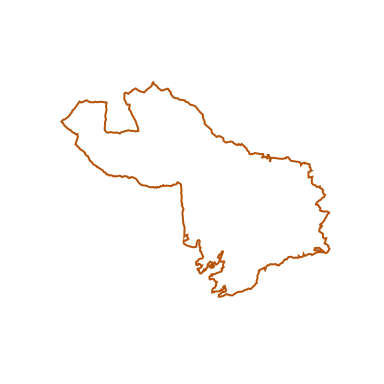 the district of Sangeorz-Bai, Bistrita-Nasaud, Romania, rotated 297°
{"feature_id": "2599482B94915018656895", "entity_name": "Sangeorz-Bai", "entity_type": "district", "adm_level": 2, "iso_a3": "ROU", "parent_name": "Romania", "parent_adm1": "Bistrita-Nasaud", "projection": "robinson", "projection_center": [24.648, 47.428], "detail": "fine", "context": "isolated", "style": "outline", "palette": "amber", "viewbox_px": 384, "rotation_deg": 297, "n_neighbors": 0, "source": "geoboundaries", "source_scale": "gbopen_adm2", "svg_char_len": 6085}
<svg xmlns="http://www.w3.org/2000/svg" viewBox="0 0 384 384"><g transform="rotate(297 192 192)"><path d="M247.7,312.1L249.8,311.8L249.6,311.0L251.0,309.0L251.8,308.2L253.1,308.1L253.3,306.9L253.8,306.5L253.8,303.6L255.0,303.3L253.1,300.9L254.0,299.0L253.5,296.9L254.3,294.8L257.7,292.9L260.2,292.4L257.9,289.3L262.4,286.7L265.3,288.9L265.3,288.0L267.4,286.6L267.8,285.3L269.2,284.8L270.1,283.9L269.6,283.0L269.3,279.4L268.7,279.4L268.9,278.5L267.5,277.3L265.5,276.9L266.5,276.2L267.5,274.3L264.7,266.0L266.6,261.8L265.9,260.4L264.6,260.4L264.3,259.4L263.1,258.3L261.7,255.7L259.5,249.2L258.3,247.0L254.1,247.8L257.9,245.8L259.8,243.5L259.4,242.6L256.6,244.0L256.2,243.8L256.6,243.3L256.3,243.0L256.7,241.7L256.0,239.9L255.2,240.0L254.7,238.8L257.3,238.8L258.0,238.3L258.1,237.8L256.6,235.5L256.5,234.3L255.1,230.1L253.1,228.6L253.1,227.8L252.1,226.9L252.2,225.5L253.5,224.7L254.1,222.4L255.7,220.6L257.3,214.4L255.7,213.8L255.9,211.7L254.5,211.4L254.2,208.6L255.0,205.3L254.6,203.6L251.4,199.7L251.5,198.1L252.1,196.8L254.2,195.4L254.4,191.5L253.9,191.1L254.0,190.4L252.2,188.9L253.0,186.6L253.3,183.7L254.5,182.1L256.2,181.1L258.4,172.4L260.6,171.1L263.2,168.1L265.7,166.7L266.8,163.0L269.9,156.2L269.8,153.9L269.0,150.7L270.0,147.8L269.6,145.3L270.4,143.6L268.5,138.8L269.0,136.8L268.0,134.4L267.9,132.6L269.8,128.5L271.4,127.7L271.7,125.9L272.7,124.9L273.1,123.5L268.7,119.2L268.6,118.6L269.4,114.3L270.4,112.6L271.0,109.1L272.2,107.7L271.6,107.3L269.1,107.8L267.2,107.5L262.5,105.2L259.0,104.2L258.0,99.5L258.7,94.8L255.9,92.8L253.3,92.2L252.2,91.1L250.6,90.7L250.6,88.6L250.0,87.4L249.1,87.1L243.9,89.6L240.3,94.4L241.5,96.6L241.2,97.1L237.2,98.2L236.2,100.5L233.4,103.8L229.9,109.2L224.1,115.2L222.0,116.5L220.0,113.5L219.9,112.0L218.9,110.2L218.2,107.4L212.6,101.4L211.2,101.1L211.0,98.2L209.4,95.7L208.5,92.4L206.6,90.1L206.4,89.0L207.1,87.0L208.3,85.7L215.2,82.7L217.7,82.5L218.8,81.2L220.8,80.0L226.5,78.5L229.7,76.3L232.9,75.3L231.1,69.7L229.1,67.1L228.6,64.9L227.5,64.0L226.4,61.9L225.6,59.7L225.9,56.5L221.5,52.8L221.5,50.7L212.6,49.5L210.7,48.4L209.6,48.8L203.2,47.8L198.8,45.6L197.9,44.4L195.4,43.7L195.0,44.3L195.1,45.3L193.4,48.0L191.9,53.1L192.0,55.9L190.9,58.5L191.3,60.7L190.7,61.7L190.7,62.4L191.6,63.6L189.2,65.3L181.6,66.5L180.0,71.9L179.2,73.0L179.1,75.9L178.3,79.0L177.2,79.8L176.6,81.6L176.6,83.1L173.4,87.0L173.5,88.2L171.8,91.7L171.7,95.4L171.0,96.5L171.4,97.5L170.8,100.3L171.1,101.9L169.8,104.3L170.0,106.1L168.9,108.0L169.5,109.0L169.2,110.8L170.5,112.9L170.2,115.1L171.3,116.1L171.2,117.0L173.7,120.2L173.9,120.8L173.5,122.9L175.3,124.3L175.8,125.4L176.5,127.9L175.9,128.4L175.8,129.5L176.4,130.4L177.5,130.8L178.2,132.1L178.4,135.9L175.7,141.3L175.6,143.2L175.2,143.8L176.7,148.0L177.3,152.9L178.8,154.9L178.7,156.5L180.1,157.6L179.8,158.6L181.0,159.3L181.2,160.5L183.1,161.4L183.4,162.7L185.1,163.3L184.7,164.4L186.5,167.2L187.6,170.5L189.1,171.7L189.7,171.7L191.1,173.8L192.2,174.6L194.0,174.6L194.0,177.5L193.7,178.7L188.4,182.0L185.9,182.9L183.8,184.7L178.6,187.0L176.7,188.9L175.6,188.8L173.2,192.0L172.1,192.5L170.7,192.3L168.3,193.4L160.0,198.6L157.2,201.4L148.9,205.3L150.0,205.5L151.8,207.3L150.0,207.8L148.5,210.1L146.0,208.6L145.2,206.6L142.6,207.9L142.3,208.2L142.0,212.0L143.2,217.9L144.3,219.8L145.2,220.7L149.6,219.1L151.6,219.3L152.2,219.7L152.2,220.6L151.5,221.4L149.1,221.9L146.4,223.9L146.3,225.0L144.4,225.2L143.1,226.1L143.1,227.3L141.6,228.3L139.6,231.3L137.7,231.4L135.5,228.9L131.2,227.5L129.3,228.6L129.0,229.2L129.7,230.4L131.1,230.2L131.2,232.2L130.7,233.3L131.2,234.3L129.3,234.4L126.9,233.1L126.5,231.9L125.7,232.0L125.2,232.5L125.2,233.7L123.2,235.8L123.7,237.3L125.3,237.5L126.4,238.3L126.9,237.7L128.5,237.9L128.1,239.2L128.9,239.7L129.9,239.2L132.0,240.1L133.4,239.1L135.6,239.0L138.2,239.9L138.3,241.7L137.9,242.4L137.2,242.6L135.0,241.9L134.3,241.0L133.3,242.1L133.2,242.8L133.9,243.0L133.4,244.1L135.6,246.0L134.7,244.1L135.4,244.0L136.1,245.0L136.5,244.9L136.2,243.3L136.6,243.0L139.7,244.1L138.3,246.4L139.7,247.4L141.3,247.8L144.4,247.5L146.0,246.4L145.4,244.9L147.3,244.6L148.8,245.0L149.0,245.7L152.9,245.9L153.0,246.7L143.0,248.0L142.7,248.3L143.4,248.8L143.3,250.0L144.5,251.8L144.0,252.0L144.2,252.4L140.9,252.7L139.9,253.5L139.6,254.3L138.4,254.0L137.3,253.0L136.8,253.3L136.9,254.0L134.7,254.4L130.8,250.7L129.2,249.7L127.7,246.9L126.6,248.1L125.6,246.8L125.6,246.3L124.1,246.1L122.3,247.3L122.7,248.6L123.5,248.8L124.3,251.2L123.2,252.3L123.1,255.0L122.2,254.6L119.6,256.0L119.3,255.6L117.2,255.9L115.9,254.6L114.3,254.5L111.7,255.5L112.9,256.7L112.7,257.2L113.7,257.5L116.2,261.8L118.4,262.4L118.0,263.5L120.9,264.1L121.2,263.0L122.3,263.1L123.2,263.7L122.9,264.2L121.3,265.2L121.6,265.4L120.5,266.5L118.8,267.2L117.2,265.6L117.0,264.7L114.1,263.6L112.7,262.6L110.9,263.2L111.7,265.0L113.7,267.1L116.8,269.1L117.0,272.1L118.2,275.0L121.9,276.9L124.1,278.6L125.9,281.8L128.8,283.8L130.4,285.6L131.6,286.0L132.1,288.3L137.8,290.3L139.1,290.3L140.3,291.1L142.3,289.8L145.0,289.5L147.2,288.3L151.7,288.0L152.0,287.2L153.3,287.6L155.3,289.5L157.3,290.6L155.7,292.5L160.1,292.1L161.2,292.8L161.6,293.8L163.3,294.5L164.0,296.6L165.5,298.8L165.8,299.8L165.4,300.3L165.8,300.7L165.8,302.6L168.7,303.5L170.2,304.9L172.9,304.9L173.7,305.6L174.6,305.7L175.1,307.2L177.8,307.4L179.4,309.9L179.4,312.9L180.9,314.3L181.2,316.0L182.5,317.0L183.4,316.3L183.2,318.3L184.2,319.8L185.6,320.0L185.9,320.4L187.4,319.7L186.4,321.4L186.6,322.0L189.5,323.9L190.8,326.5L190.3,327.6L194.5,330.2L196.6,333.3L197.7,336.1L198.4,333.8L195.8,327.4L197.9,327.0L200.0,330.7L198.2,338.9L199.9,340.1L203.8,340.3L204.8,338.5L206.0,337.9L206.5,335.9L206.4,333.5L211.7,332.7L210.5,330.9L211.0,329.4L214.2,327.6L214.7,323.3L215.7,322.8L218.5,322.2L218.9,323.1L220.6,323.1L220.3,322.5L221.0,321.1L221.6,321.6L222.0,321.3L222.2,321.8L227.0,322.8L233.8,322.9L235.6,323.7L236.1,323.0L236.0,321.1L234.1,317.8L234.2,316.7L233.6,315.5L234.0,314.1L235.4,314.1L236.3,313.2L236.3,312.0L237.5,310.8L237.8,309.9L237.0,308.8L237.3,307.9L239.6,308.1L242.6,309.4L243.5,310.3L245.6,310.6L247.7,312.1Z" fill="none" stroke="#b45309" stroke-width="2"/></g></svg>